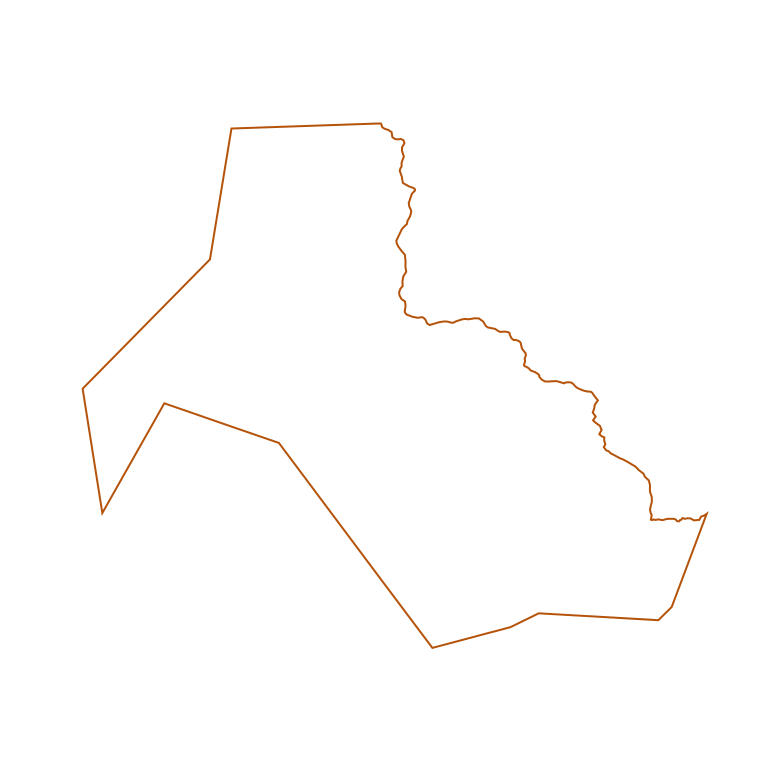 Lufa District, Eastern Highlands, Papua New Guinea, rotated 81°
{"feature_id": "67681753B74545677016959", "entity_name": "Lufa District", "entity_type": "district", "adm_level": 2, "iso_a3": "PNG", "parent_name": "Papua New Guinea", "parent_adm1": "Eastern Highlands", "projection": "natural_earth1", "projection_center": [145.234, -6.443], "detail": "fine", "context": "isolated", "style": "outline", "palette": "amber", "viewbox_px": 768, "rotation_deg": 81, "n_neighbors": 0, "source": "geoboundaries", "source_scale": "gbopen_adm2", "svg_char_len": 2548}
<svg xmlns="http://www.w3.org/2000/svg" viewBox="0 0 768 768"><g transform="rotate(81 384 384)"><path d="M334.1,280.0L333.3,283.8L333.3,290.6L332.4,293.5L332.4,297.1L333.4,303.2L334.3,306.0L334.0,307.8L332.2,311.8L331.6,315.1L331.6,320.1L332.9,329.6L331.0,331.9L326.7,333.1L324.5,334.9L323.9,336.3L323.9,340.2L323.9,340.3L322.1,345.3L319.0,350.7L317.4,351.8L315.6,352.2L310.0,350.4L305.6,350.4L303.1,353.3L299.1,354.8L296.0,354.8L292.6,353.0L290.1,350.2L285.7,349.8L280.7,348.1L276.7,344.5L271.7,344.5L266.1,343.5L259.6,343.2L255.6,345.7L250.0,348.6L246.9,349.4L244.4,349.4L234.1,342.3L231.9,339.8L229.7,336.5L226.3,335.1L222.3,331.9L217.9,330.1L216.0,330.2L212.9,331.2L209.2,331.3L200.5,326.7L197.7,323.1L196.1,323.1L194.6,324.9L192.7,328.5L188.4,333.9L181.9,334.0L175.7,335.1L173.5,334.0L171.9,332.6L167.9,331.9L162.5,328.8L156.4,329.8L152.9,329.1L149.5,326.2L146.4,326.6L145.2,328.1L144.6,329.5L144.6,332.0L143.7,334.9L141.5,337.1L136.5,337.1L133.7,340.0L132.2,343.2L130.2,345.5L126.3,346.2L125.7,349.8L124.7,357.8L123.7,366.0L107.8,494.7L233.7,536.4L341.5,682.4L467.4,682.4L368.7,604.0L400.5,544.5L425.8,497.0L578.0,416.8L652.2,377.5L643.9,297.0L634.7,267.1L660.2,150.0L649.2,134.7L562.7,85.6L563.9,88.0L564.6,91.6L567.5,93.8L567.2,99.1L564.8,102.2L564.1,104.9L564.2,108.1L563.1,110.1L564.7,111.9L564.7,112.9L565.8,113.9L565.3,116.0L563.5,117.0L562.5,118.9L561.9,122.3L561.6,124.3L561.6,126.8L562.1,130.0L560.6,134.3L560.8,136.9L559.9,139.3L560.4,140.5L559.8,141.6L555.2,140.1L553.1,140.8L549.7,140.9L545.4,139.3L542.3,137.9L537.3,137.2L532.7,138.1L529.7,137.9L525.6,137.1L520.7,137.5L516.7,140.7L513.1,141.8L509.1,145.6L504.8,148.7L501.7,152.4L499.1,155.5L496.2,159.3L494.0,162.9L490.1,168.0L488.1,170.8L485.5,172.7L484.3,174.9L480.8,176.8L478.1,174.8L474.1,175.4L471.2,174.7L469.9,176.9L467.3,179.2L463.2,176.2L461.8,176.7L459.1,177.3L455.4,181.0L452.6,183.2L449.2,180.0L444.9,182.3L440.7,180.1L437.4,179.0L433.6,175.3L429.5,177.7L425.3,179.7L424.0,180.9L423.0,185.0L421.5,188.4L419.9,191.1L418.1,193.7L416.5,195.2L413.8,197.0L412.1,198.4L411.2,201.0L410.9,204.6L411.5,206.0L408.1,213.2L407.1,222.6L406.6,224.7L404.2,227.6L401.4,229.4L399.5,229.4L398.3,230.2L395.8,233.1L393.6,237.0L391.2,238.5L389.3,240.6L388.4,242.4L387.1,242.8L383.4,241.0L380.9,241.1L377.8,239.3L375.9,239.3L370.7,242.2L364.5,242.6L362.7,244.0L361.1,246.9L360.8,249.1L358.8,250.9L355.2,252.0L353.3,252.0L352.1,253.5L351.2,256.3L350.6,261.4L349.6,262.8L346.9,265.7L344.4,272.6L342.5,274.4L337.9,276.2L334.1,280.0Z" fill="none" stroke="#b45309" stroke-width="2"/></g></svg>